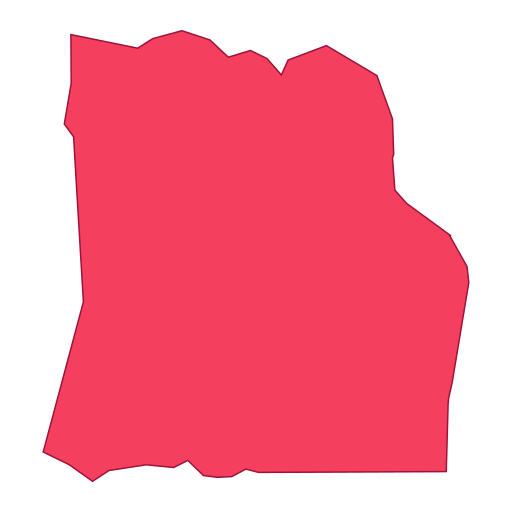 Duplin, North Carolina, United States of America
{"feature_id": "52423323B66062574427882", "entity_name": "Duplin", "entity_type": "district", "adm_level": 2, "iso_a3": "USA", "parent_name": "United States of America", "parent_adm1": "North Carolina", "projection": "robinson", "projection_center": [-77.918, 34.952], "detail": "fine", "context": "isolated", "style": "filled", "palette": "rose", "viewbox_px": 512, "rotation_deg": 0, "n_neighbors": 0, "source": "geoboundaries", "source_scale": "gbopen_adm2", "svg_char_len": 792}
<svg xmlns="http://www.w3.org/2000/svg" viewBox="0 0 512 512"><path d="M406.6,203.4L394.9,190.2L392.6,159.5L392.5,157.8L393.7,154.4L392.6,122.0L392.5,119.0L376.9,75.6L326.4,45.6L288.0,60.1L281.4,75.0L266.9,58.5L250.4,50.5L228.3,57.2L210.0,40.0L181.9,30.7L152.9,38.6L149.1,40.9L137.7,48.2L70.9,34.6L71.2,83.4L64.3,124.0L73.6,136.8L76.9,193.1L77.2,197.9L83.4,301.9L43.2,452.0L69.2,464.7L92.5,481.3L109.0,470.5L146.2,464.8L173.6,467.5L187.8,460.4L202.7,474.8L202.9,475.1L203.0,475.2L203.1,475.3L203.3,475.2L203.6,475.3L203.6,475.6L217.3,477.3L231.8,476.6L245.8,469.1L258.6,472.4L443.9,471.6L446.0,471.6L446.3,471.6L446.4,466.6L448.1,404.0L448.7,397.9L452.1,382.9L468.8,282.5L467.0,266.5L449.7,235.7L450.3,235.3L449.1,234.5L406.6,203.4Z" fill="#f43f5e" stroke="#9f1239" stroke-width="1.5"/></svg>